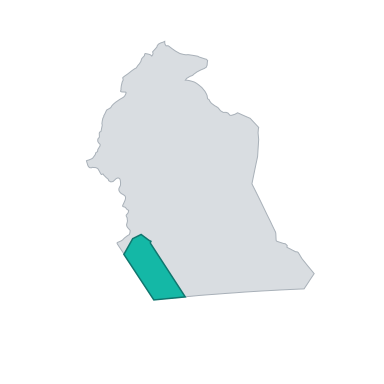 Am-Djarass, Ennedi, Chad shown in context, rotated 147°
{"feature_id": "50815135B96833037498211", "entity_name": "Am-Djarass", "entity_type": "district", "adm_level": 2, "iso_a3": "TCD", "parent_name": "Chad", "parent_adm1": "Ennedi", "projection": "orthographic", "projection_center": [22.869, 18.153], "detail": "fine", "context": "in_parent", "style": "filled", "palette": "teal", "viewbox_px": 384, "rotation_deg": 147, "n_neighbors": 0, "source": "geoboundaries", "source_scale": "gbopen_adm2", "svg_char_len": 3808}
<svg xmlns="http://www.w3.org/2000/svg" viewBox="0 0 384 384"><g transform="rotate(147 192 192)"><path d="M282.4,122.4L282.5,130.4L282.5,138.3L282.6,146.3L282.7,154.3L282.7,162.3L282.8,170.3L282.8,178.3L282.9,186.3L282.9,188.9L282.7,190.0L282.2,190.3L278.1,189.6L276.3,189.6L273.8,190.2L270.1,190.5L267.7,190.4L266.1,191.8L264.8,193.4L265.4,197.4L265.3,198.7L264.8,200.1L263.6,201.2L262.5,202.2L261.8,203.0L261.0,204.8L260.4,205.6L260.4,206.7L260.2,207.9L259.6,208.5L257.8,209.0L256.7,209.5L255.8,210.4L255.2,211.0L255.5,211.8L256.0,212.9L256.2,214.7L256.4,215.7L257.2,216.6L257.7,217.2L257.9,217.9L257.4,218.5L255.3,219.8L254.5,220.3L253.5,221.0L253.1,221.2L251.6,222.4L250.8,223.5L250.4,224.4L250.4,225.6L251.2,227.5L252.1,229.1L252.4,230.2L252.6,231.5L252.5,232.8L252.0,233.9L251.3,234.8L248.3,236.6L246.9,238.6L245.7,241.0L245.4,242.4L245.7,243.3L246.3,244.0L247.2,244.4L248.5,244.5L250.6,244.1L252.6,243.8L254.6,244.7L255.7,246.8L255.3,248.3L256.1,250.9L256.8,254.2L256.7,255.3L257.0,255.7L258.3,255.9L258.6,256.7L258.2,262.4L258.8,264.0L259.7,265.1L260.6,265.7L261.6,266.5L262.2,267.0L263.3,267.1L264.6,268.2L265.0,269.6L264.9,270.9L264.1,273.8L263.5,275.7L262.8,275.6L261.2,275.1L259.4,274.7L257.1,274.4L254.9,275.2L252.5,276.2L251.8,276.9L251.1,277.4L250.1,277.3L249.1,277.4L248.6,278.1L247.7,279.0L244.3,280.6L243.6,281.2L243.2,281.8L243.2,282.5L243.5,283.8L243.5,285.5L242.8,286.9L241.9,287.8L240.9,288.1L240.0,288.3L239.5,288.9L237.7,291.9L236.9,292.5L235.3,292.4L230.8,297.0L230.4,298.3L228.7,300.3L226.6,302.4L224.8,303.4L224.6,303.8L224.1,304.2L223.0,304.7L219.0,307.2L214.2,307.0L212.1,308.0L210.1,308.5L207.1,308.9L206.2,308.9L202.3,309.0L197.8,308.8L196.1,309.2L194.5,310.1L193.3,311.0L193.1,311.3L193.3,311.6L193.2,311.9L196.3,314.1L197.1,315.2L196.3,316.2L195.9,316.3L195.4,317.2L193.5,319.5L190.6,322.3L189.2,323.1L188.6,323.6L187.9,325.5L187.4,325.7L185.4,325.9L181.6,326.0L176.3,326.5L173.2,326.6L171.2,326.4L168.4,327.6L167.4,327.9L166.8,328.0L164.0,329.2L161.7,331.1L160.9,331.4L157.7,332.2L156.4,333.5L155.8,333.6L153.8,331.7L152.4,330.1L151.7,328.4L151.7,327.9L151.3,328.0L150.1,328.6L149.2,329.4L148.7,331.0L145.3,331.9L142.5,332.7L141.2,333.8L139.2,334.3L136.7,334.0L134.7,333.4L132.8,333.2L133.7,331.8L134.1,330.8L134.2,329.5L134.1,328.6L133.0,328.1L132.2,327.4L130.7,323.2L129.0,319.0L126.7,314.7L124.2,312.0L122.3,310.3L121.7,310.0L120.8,309.5L120.1,309.0L116.7,306.0L113.2,302.7L112.4,301.2L110.6,299.0L108.7,296.6L107.7,295.6L107.3,293.7L108.7,292.2L110.2,290.2L112.0,288.9L114.4,288.9L118.2,289.6L122.4,290.0L126.5,289.8L127.6,289.5L128.6,289.6L130.8,290.1L134.7,290.2L136.7,289.4L134.6,287.9L132.3,285.5L130.2,283.0L129.0,280.7L127.9,277.7L126.8,274.0L126.3,269.4L126.5,266.7L126.8,264.8L128.1,261.8L127.4,260.0L127.6,258.5L127.5,256.4L127.2,255.3L125.8,251.6L125.5,251.2L124.3,248.7L123.8,244.5L122.4,241.7L120.1,240.3L118.8,238.6L118.4,235.7L117.4,234.9L113.7,233.8L110.6,233.6L108.5,230.3L105.7,226.0L103.1,222.1L101.7,214.3L100.9,209.8L102.1,208.6L104.4,205.6L107.5,199.7L114.2,190.7L117.6,186.1L124.4,179.3L132.6,171.0L137.3,166.2L138.3,157.3L139.4,147.9L140.3,140.8L141.4,132.3L142.2,125.2L142.9,120.1L143.8,112.8L144.4,111.4L147.7,105.8L147.9,105.0L147.4,104.1L143.3,99.0L142.0,97.9L141.3,95.3L142.5,93.9L137.7,85.5L136.4,84.5L135.9,83.5L135.9,82.0L136.1,76.3L135.2,67.4L134.0,57.0L140.1,54.4L144.8,52.3L150.8,49.7L156.0,52.8L163.7,57.3L171.4,61.8L179.1,66.2L186.9,70.7L194.7,75.1L202.5,79.5L210.4,83.8L218.3,88.2L226.2,92.5L234.2,96.9L242.1,101.2L250.2,105.4L258.2,109.7L266.2,113.9L274.3,118.2L282.4,122.4Z" fill="#d9dde1" stroke="#a8b0b8" stroke-width="1"/><path d="M283.1,176.8L283.1,176.1L282.8,122.3L254.8,107.7L254.8,171.5L254.4,172.3L253.3,173.0L254.4,174.9L257.8,184.1L267.1,185.2L283.1,176.8Z" fill="#14b8a6" stroke="#0f766e" stroke-width="1.5"/></g></svg>